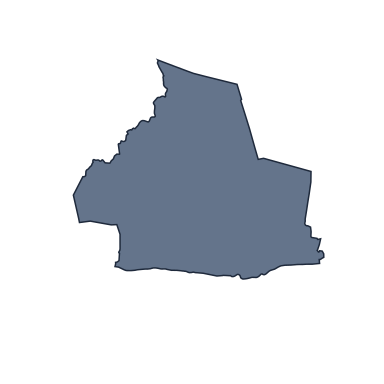 the district of Cenad, Timis, Romania, rotated 147°
{"feature_id": "2599482B67107815757127", "entity_name": "Cenad", "entity_type": "district", "adm_level": 2, "iso_a3": "ROU", "parent_name": "Romania", "parent_adm1": "Timis", "projection": "albers", "projection_center": [20.55, 46.131], "detail": "fine", "context": "isolated", "style": "filled", "palette": "slate", "viewbox_px": 384, "rotation_deg": 147, "n_neighbors": 0, "source": "geoboundaries", "source_scale": "gbopen_adm2", "svg_char_len": 5061}
<svg xmlns="http://www.w3.org/2000/svg" viewBox="0 0 384 384"><g transform="rotate(147 192 192)"><path d="M297.2,171.4L294.5,169.0L291.2,163.6L290.2,162.3L289.7,161.8L286.9,159.9L285.6,159.1L282.6,157.5L281.1,156.9L279.9,156.4L274.2,153.4L272.6,152.5L271.1,151.5L268.4,150.2L267.8,150.1L265.8,149.4L265.2,149.0L264.8,148.8L263.8,148.1L263.6,147.9L263.1,147.5L262.1,146.6L261.0,145.5L260.4,144.8L259.3,143.9L257.8,143.0L256.0,141.8L255.1,140.7L251.7,137.4L250.7,136.8L248.8,135.5L247.3,134.5L244.3,132.1L242.8,130.8L242.4,130.6L241.4,129.6L241.0,129.4L239.9,128.3L239.1,127.0L238.7,126.5L238.4,126.1L238.1,125.8L237.6,125.5L236.4,124.8L235.6,124.5L234.8,124.2L234.2,123.8L233.5,123.0L232.9,122.4L231.5,121.4L230.0,120.2L226.9,117.8L217.5,108.6L216.9,108.0L211.9,105.3L211.4,105.2L211.1,105.0L208.3,103.0L206.0,101.3L205.4,101.1L205.3,100.8L204.9,99.9L204.8,99.6L204.4,99.2L203.7,98.7L202.8,98.4L201.9,98.2L200.9,98.2L200.0,98.2L199.2,98.2L198.7,98.1L198.4,97.9L198.2,97.7L197.9,97.4L197.6,97.0L197.5,96.6L197.3,96.1L197.3,95.6L197.5,94.9L197.6,94.5L197.7,94.1L197.8,93.6L197.7,93.2L197.7,92.7L197.4,92.4L197.2,92.1L197.1,91.8L197.0,91.6L196.4,91.1L194.7,90.2L193.0,89.4L192.2,89.1L190.5,88.5L188.8,88.0L187.9,87.6L186.6,86.7L185.9,86.2L185.2,85.7L184.4,85.2L183.6,85.0L182.7,84.9L181.9,84.9L181.2,85.0L180.4,85.1L179.6,85.4L178.8,85.5L177.8,85.1L177.6,84.5L177.4,84.2L177.1,83.8L176.5,83.3L175.7,83.1L174.8,83.0L173.8,83.1L170.6,83.6L168.9,83.5L168.2,83.3L164.6,82.3L160.4,82.1L158.4,81.8L157.5,81.6L153.8,79.9L148.7,76.8L143.1,73.8L138.5,70.9L135.3,69.1L130.3,65.9L123.9,62.6L122.1,66.1L121.1,65.5L118.1,65.6L117.4,65.4L117.0,65.5L117.0,65.8L116.7,66.0L115.2,68.4L115.0,71.5L116.8,73.1L117.0,73.2L117.6,72.8L117.9,72.6L118.2,72.6L118.5,72.7L118.7,73.1L118.8,74.9L118.2,75.1L117.6,75.6L113.9,78.5L109.6,82.7L112.4,83.7L112.5,83.9L112.4,85.0L116.4,88.7L116.6,89.5L116.5,89.8L116.5,90.0L113.9,93.6L113.4,94.5L111.7,98.0L113.1,100.3L113.4,100.7L114.1,101.1L114.3,101.4L114.9,102.4L114.9,102.7L114.6,104.2L113.7,105.1L112.9,105.9L111.8,107.7L106.0,114.1L100.5,120.3L94.6,126.8L86.9,135.6L81.0,144.4L113.4,181.0L113.7,181.3L118.7,183.3L115.0,195.5L109.3,213.8L105.8,226.2L101.3,242.3L100.0,242.7L95.6,257.8L117.0,280.7L126.1,290.6L129.8,295.5L138.8,307.7L148.1,320.4L148.8,321.4L148.8,321.0L149.0,320.6L149.3,320.1L149.5,320.0L150.1,319.6L150.5,319.3L150.8,318.8L151.2,316.0L151.5,315.1L151.6,313.1L151.7,311.5L151.9,308.4L151.8,307.5L152.0,306.8L152.2,306.2L152.5,305.7L152.3,304.9L152.6,304.6L153.3,304.4L153.7,304.2L153.9,303.9L154.0,303.5L154.3,302.9L154.8,301.9L155.3,301.2L155.4,300.9L155.7,300.2L156.2,299.3L156.4,298.9L156.8,298.5L156.9,298.2L157.2,297.7L157.5,297.0L157.6,295.7L157.3,294.0L157.0,293.2L156.7,292.9L156.6,292.5L156.6,292.1L156.6,291.7L157.0,291.4L158.5,290.0L159.2,289.8L160.0,289.4L160.5,289.1L161.0,288.6L161.9,286.9L162.1,286.5L162.3,286.4L162.6,286.4L162.9,286.5L163.2,286.8L163.4,287.3L163.6,287.5L163.9,287.9L164.2,288.2L164.8,288.5L165.3,288.7L165.7,288.8L167.2,288.8L167.6,289.0L168.1,289.2L168.6,289.6L169.2,289.8L169.6,289.9L169.8,289.8L170.1,289.8L170.6,289.6L174.1,288.6L175.3,288.2L175.6,288.0L175.8,287.7L176.0,287.3L176.1,286.5L176.1,285.8L176.1,284.9L176.2,284.6L176.4,284.3L177.4,282.7L179.3,280.5L180.6,278.6L181.4,275.7L181.8,275.4L182.2,275.4L182.5,275.3L182.8,275.4L183.7,276.0L184.6,276.6L185.3,276.8L185.5,276.8L186.1,276.7L186.4,276.7L189.1,274.8L189.3,274.7L189.7,274.6L190.1,274.6L190.5,274.6L191.0,275.0L192.7,277.2L193.2,277.8L194.3,278.7L194.7,278.9L195.5,279.1L196.1,279.1L196.6,279.1L197.5,278.9L198.1,278.8L198.9,278.4L200.0,277.8L200.9,277.3L201.6,277.1L202.3,276.8L203.0,276.8L205.1,276.1L205.5,276.3L206.0,277.1L206.2,277.3L206.4,277.4L206.7,277.3L207.0,277.4L207.4,277.5L207.9,277.3L208.5,276.9L208.8,276.9L208.9,277.0L209.6,277.7L211.8,278.2L213.8,277.9L214.0,275.6L214.2,275.4L214.4,275.4L215.7,275.3L216.0,275.3L216.2,275.2L219.3,271.6L219.5,271.5L219.9,271.4L220.2,271.3L220.5,271.3L221.0,271.3L221.5,271.4L221.8,271.6L222.1,271.8L222.3,271.9L223.4,273.3L223.6,273.3L223.8,273.3L225.4,272.0L225.6,271.8L225.8,271.8L227.3,272.4L227.6,272.3L227.8,272.2L232.0,263.3L232.1,263.2L232.3,263.2L234.4,264.7L237.4,264.4L239.9,262.6L242.8,262.1L244.7,261.1L244.9,261.0L245.1,261.0L245.3,261.0L246.9,262.2L248.9,263.7L249.0,263.8L249.4,267.4L249.6,267.7L249.7,267.8L250.0,267.9L251.6,267.6L252.2,267.9L252.5,268.2L252.6,268.5L252.7,269.0L252.9,269.5L253.1,269.8L253.5,270.1L255.4,271.0L256.5,272.5L256.8,272.7L257.1,272.7L257.4,272.7L257.6,272.7L258.3,272.0L258.6,271.4L258.8,270.7L259.6,270.5L260.2,270.2L260.7,269.8L261.2,269.5L261.6,269.1L262.0,268.9L264.4,268.5L265.4,268.1L266.5,267.8L268.4,267.8L269.6,267.2L272.3,263.6L272.8,263.5L273.6,263.5L274.1,263.6L274.6,263.9L275.2,264.3L293.2,254.0L301.4,231.7L303.0,227.7L293.2,223.0L277.6,208.4L272.8,205.6L275.4,195.7L283.3,183.5L284.4,182.3L285.3,181.9L286.2,181.4L286.4,180.7L286.2,180.1L290.6,174.2L291.1,174.1L291.7,174.1L292.7,174.0L293.4,174.2L293.7,174.3L294.4,174.6L295.1,173.4L297.2,171.4Z" fill="#64748b" stroke="#1e293b" stroke-width="1.5"/></g></svg>